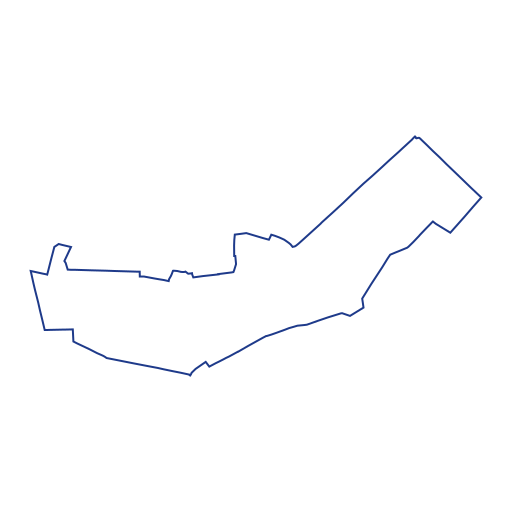 Camin, Satu Mare, Romania (Robinson projection)
{"feature_id": "2599482B5229850470512", "entity_name": "Camin", "entity_type": "district", "adm_level": 2, "iso_a3": "ROU", "parent_name": "Romania", "parent_adm1": "Satu Mare", "projection": "robinson", "projection_center": [22.488, 47.743], "detail": "fine", "context": "isolated", "style": "outline", "palette": "blue", "viewbox_px": 512, "rotation_deg": 0, "n_neighbors": 0, "source": "geoboundaries", "source_scale": "gbopen_adm2", "svg_char_len": 2594}
<svg xmlns="http://www.w3.org/2000/svg" viewBox="0 0 512 512"><path d="M470.5,187.3L455.4,172.7L446.6,164.3L440.0,157.7L432.9,151.0L426.0,144.2L423.8,142.1L421.5,139.9L420.4,138.8L419.3,137.9L418.7,137.8L416.4,138.3L415.9,138.0L415.7,137.6L415.7,137.2L415.0,136.5L413.7,137.7L412.5,139.0L412.0,139.6L402.2,148.6L399.1,151.5L389.4,160.2L380.1,168.8L372.4,175.8L363.5,183.6L352.8,193.6L343.4,202.7L332.2,213.0L323.0,221.3L321.5,222.7L320.5,223.8L311.0,232.4L303.4,239.3L298.5,243.7L296.0,245.7L294.8,246.4L292.6,246.9L291.9,246.0L290.6,244.4L288.8,242.9L284.4,239.8L283.6,239.4L279.4,237.5L274.9,235.8L271.3,234.7L270.0,237.5L269.7,238.1L268.9,239.7L262.7,238.0L246.3,233.1L241.2,233.8L234.8,234.6L234.3,240.0L234.1,245.4L234.2,256.0L235.3,256.0L236.0,263.6L236.0,264.3L234.0,270.7L233.6,271.5L233.5,271.9L233.4,272.1L232.7,272.2L231.8,272.4L227.0,273.0L218.3,274.1L218.4,274.4L202.8,276.1L193.3,277.4L192.2,274.5L192.0,273.2L190.4,273.5L188.2,273.7L187.6,273.3L186.5,272.4L185.4,271.6L184.7,271.9L183.9,272.0L182.6,272.0L181.0,271.9L177.3,271.0L173.5,270.7L173.0,270.8L171.7,274.2L170.8,276.2L169.1,279.1L168.7,281.1L163.7,280.0L158.7,279.2L154.6,278.5L143.8,276.5L139.8,276.5L139.7,271.7L138.2,271.7L114.5,271.0L106.1,270.7L91.0,270.3L74.8,269.8L71.0,269.8L67.7,269.6L65.7,263.0L64.4,261.0L67.7,254.0L71.0,247.0L62.1,244.9L58.7,244.0L58.4,244.2L56.5,245.5L54.5,246.8L54.3,247.0L54.2,247.2L54.2,247.5L53.8,249.0L51.3,258.5L48.4,270.0L47.2,274.6L45.7,274.2L43.1,273.7L31.7,271.2L30.7,271.0L31.5,274.5L33.4,283.1L34.1,286.1L35.0,289.9L38.2,302.5L40.0,310.5L42.1,319.1L44.7,330.0L47.2,330.0L49.7,329.9L63.1,329.6L64.6,329.6L72.8,329.4L73.4,341.5L77.1,343.4L89.6,349.3L97.0,353.1L101.8,355.2L103.5,356.0L105.5,357.2L106.5,358.0L121.7,361.0L133.3,363.3L146.8,365.9L158.0,368.0L163.7,369.3L172.9,371.2L180.5,372.7L188.8,374.5L189.3,374.6L189.6,375.2L190.2,375.5L190.7,374.7L191.0,374.2L191.6,372.8L195.6,368.9L205.7,361.9L209.3,366.6L215.7,363.2L219.0,361.6L223.5,359.3L226.1,357.9L228.9,356.6L237.9,351.7L238.0,351.8L248.0,346.0L262.6,337.9L266.2,336.0L266.8,336.0L271.3,334.6L275.6,333.1L285.0,329.7L289.1,328.1L293.7,326.8L297.4,325.7L304.6,325.0L306.9,324.7L318.2,320.7L327.9,317.4L340.8,313.4L342.1,313.2L350.0,315.9L363.5,307.6L362.8,302.6L362.2,298.6L371.4,283.8L382.2,267.3L387.5,258.7L390.2,254.7L396.2,252.2L398.0,251.5L407.2,247.7L408.5,246.7L413.3,242.0L419.0,236.0L420.0,234.8L426.7,227.8L431.4,223.0L431.6,222.7L432.9,221.5L435.8,223.8L450.3,232.7L456.9,225.3L464.8,216.4L472.8,207.1L480.4,198.5L481.3,197.5L472.6,189.3L470.5,187.3Z" fill="none" stroke="#1e3a8a" stroke-width="2"/></svg>